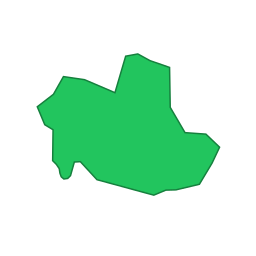 outline of Ropazu, rotated 23°
{"feature_id": "LVA-5773", "entity_name": "Ropazu", "entity_type": "Municipality", "adm_level": 1, "iso_a3": "LVA", "parent_name": "Latvia", "parent_adm1": "", "projection": "orthographic", "projection_center": [24.578, 56.966], "detail": "fine", "context": "isolated", "style": "filled", "palette": "green", "viewbox_px": 256, "rotation_deg": 23, "n_neighbors": 0, "source": "natural_earth", "source_scale": "10m", "svg_char_len": 555}
<svg xmlns="http://www.w3.org/2000/svg" viewBox="0 0 256 256"><g transform="rotate(23 128 128)"><path d="M215.7,151.9L196.3,166.2L187.1,170.4L178.0,179.7L168.7,181.0L119.6,187.7L97.3,177.6L91.9,180.3L93.7,194.3L92.2,198.0L88.9,200.0L85.6,199.0L83.0,196.2L80.6,192.3L76.3,189.5L71.4,187.5L59.7,158.9L50.1,157.5L36.2,143.9L46.2,126.1L48.5,105.9L69.1,100.5L102.2,100.6L97.8,62.8L108.1,56.0L116.0,56.8L122.0,57.4L142.6,56.0L158.8,92.5L182.3,110.0L202.1,103.2L219.8,109.9L219.1,127.4L215.7,151.9Z" fill="#22c55e" stroke="#15803d" stroke-width="1.5"/></g></svg>